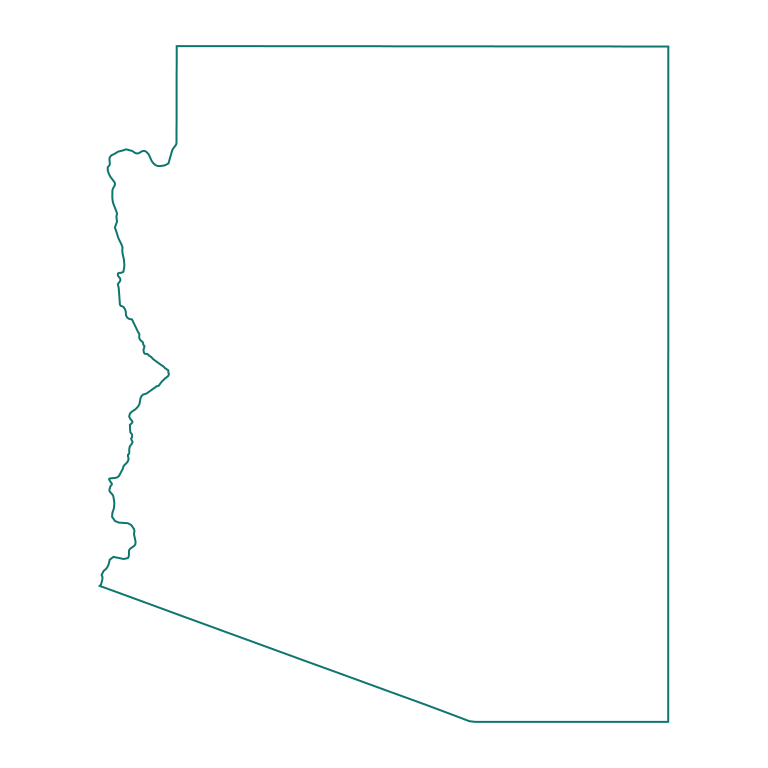 the State of Arizona
{"feature_id": "USA-3520", "entity_name": "Arizona", "entity_type": "State", "adm_level": 1, "iso_a3": "USA", "parent_name": "United States of America", "parent_adm1": "", "projection": "mercator", "projection_center": [-112.833, 34.165], "detail": "fine", "context": "isolated", "style": "outline", "palette": "teal", "viewbox_px": 768, "rotation_deg": 0, "n_neighbors": 0, "source": "natural_earth", "source_scale": "10m", "svg_char_len": 4775}
<svg xmlns="http://www.w3.org/2000/svg" viewBox="0 0 768 768"><path d="M475.4,721.9L469.4,721.2L466.7,720.2L461.6,718.2L456.5,716.3L451.5,714.4L446.4,712.5L441.4,710.6L436.3,708.7L431.2,706.8L426.1,704.9L385.9,690.3L345.6,675.6L305.3,661.0L265.0,646.3L224.7,631.6L184.4,616.9L144.1,602.1L103.8,587.4L100.2,586.1L99.7,585.9L101.0,584.6L102.3,579.8L102.5,577.2L101.6,574.9L103.2,571.8L103.7,570.9L105.9,569.0L106.7,568.1L107.9,566.1L108.7,564.1L109.4,561.2L109.7,559.7L113.4,556.9L123.7,559.0L127.9,558.1L128.8,556.3L129.0,554.2L128.9,552.0L129.2,550.0L130.5,548.4L134.2,545.9L135.3,544.4L135.6,541.8L134.0,534.3L134.1,532.9L134.4,531.7L134.4,530.6L134.0,529.1L131.3,525.1L127.8,523.2L118.9,522.6L115.0,521.0L112.1,516.9L112.4,512.8L113.9,508.4L114.4,503.3L113.4,496.5L112.7,494.9L109.6,491.4L109.4,489.6L110.4,486.3L111.5,485.1L111.9,484.0L111.3,482.8L110.5,481.8L109.5,480.3L109.1,479.0L110.0,478.4L114.9,478.0L117.3,477.3L119.0,475.9L122.7,469.0L123.6,466.1L124.6,464.9L126.6,463.0L127.9,461.2L128.2,460.4L128.6,458.9L128.0,456.3L128.0,454.7L128.9,454.0L129.2,453.4L129.3,452.1L129.2,449.6L129.7,446.7L130.8,445.0L131.9,443.7L132.6,441.9L131.5,439.8L131.1,438.5L131.6,437.9L132.0,437.2L132.1,435.8L132.0,434.5L131.6,433.8L130.4,432.5L130.1,429.7L130.0,426.6L129.9,424.8L131.6,423.4L132.4,422.3L132.3,421.2L130.4,419.0L129.6,417.6L129.2,416.3L129.9,413.6L131.4,412.0L135.3,409.4L136.9,407.8L138.5,405.9L139.6,403.6L140.4,398.5L141.4,396.3L143.0,394.6L146.6,393.5L156.6,386.3L158.6,385.8L161.7,381.7L165.0,378.5L168.1,376.1L168.9,374.4L168.3,371.9L168.3,370.3L165.2,368.3L164.0,367.0L163.1,366.2L161.4,365.2L153.2,359.2L151.7,357.5L151.2,357.0L149.3,355.8L148.8,355.3L148.0,354.5L147.6,354.1L147.2,354.0L146.8,353.9L145.5,353.9L144.8,353.7L144.3,353.2L143.9,352.4L143.6,350.9L143.5,349.8L143.5,349.7L144.1,347.9L144.5,346.2L143.5,345.0L143.4,344.9L142.9,342.5L141.8,341.3L140.5,340.3L139.3,338.3L139.2,337.5L139.3,334.7L139.2,333.7L138.9,333.2L138.4,332.7L132.0,319.4L129.3,319.0L127.3,317.7L126.0,315.4L125.8,312.1L125.5,310.6L124.7,308.7L123.5,307.0L122.2,306.3L120.6,305.8L119.9,304.4L118.9,290.3L118.8,289.4L118.7,288.0L117.8,284.1L120.1,281.1L120.4,279.9L120.1,278.3L118.2,276.1L117.8,275.0L118.1,273.4L119.1,272.9L120.4,272.9L121.8,272.6L123.0,272.0L123.4,271.7L124.3,266.8L124.3,264.3L123.9,259.5L122.6,253.7L122.3,250.6L122.5,247.4L121.5,244.5L118.4,238.2L116.6,232.4L114.9,227.5L117.0,221.7L116.4,216.4L117.1,213.8L116.5,211.8L113.1,203.0L112.6,200.6L112.3,197.2L112.4,190.5L112.9,188.7L114.6,185.6L115.0,184.3L114.8,182.9L114.2,181.8L110.3,176.7L108.9,173.9L107.8,170.7L107.7,167.3L109.3,165.5L109.8,164.2L109.8,162.8L109.5,160.0L109.5,158.7L109.7,157.6L110.0,157.1L110.7,156.1L111.0,155.7L111.5,155.3L114.8,153.7L118.0,151.7L123.7,150.2L125.2,149.6L126.0,149.4L127.0,149.5L132.2,151.0L132.6,151.2L133.1,151.5L134.0,152.2L135.0,152.9L136.3,153.3L137.0,153.4L137.8,153.4L138.4,153.3L139.0,153.1L141.5,151.5L142.1,151.3L142.7,151.1L143.3,151.0L144.0,150.9L144.7,151.0L145.6,151.4L146.4,151.9L147.5,153.0L148.5,154.2L149.2,155.4L151.4,160.4L152.3,161.9L153.5,163.4L155.4,165.0L157.6,166.0L160.2,166.1L165.0,165.3L168.5,163.4L170.0,158.0L171.3,153.5L172.4,149.7L174.2,147.2L176.2,144.5L176.4,143.3L176.5,142.2L176.5,137.0L176.5,136.0L176.5,133.1L176.5,128.6L176.6,122.8L176.6,116.0L176.6,108.3L176.6,100.1L176.6,91.6L176.6,83.2L176.6,74.9L176.7,67.2L176.7,60.3L176.7,54.5L176.7,50.0L176.7,47.1L176.7,46.1L192.1,46.1L207.4,46.1L222.8,46.1L238.1,46.1L253.5,46.1L268.9,46.2L284.2,46.2L299.6,46.2L314.9,46.2L330.3,46.2L345.7,46.2L361.0,46.2L376.4,46.2L391.8,46.3L407.1,46.3L422.5,46.3L437.9,46.3L453.2,46.3L468.6,46.3L483.9,46.3L499.3,46.4L514.7,46.4L530.0,46.4L545.4,46.4L560.7,46.4L576.1,46.4L591.5,46.4L606.8,46.4L622.2,46.5L637.6,46.5L652.9,46.5L668.3,46.5L668.3,68.3L668.3,90.0L668.3,111.8L668.3,133.4L668.3,155.0L668.3,176.6L668.3,198.1L668.3,219.5L668.3,241.0L668.3,262.3L668.3,283.6L668.3,304.9L668.3,326.1L668.3,347.3L668.2,368.5L668.2,389.6L668.2,410.6L668.2,431.6L668.2,452.6L668.2,473.5L668.2,494.4L668.2,515.2L668.2,536.0L668.2,556.7L668.2,577.5L668.2,598.1L668.2,618.8L668.2,639.3L668.2,659.9L668.2,680.4L668.2,700.9L668.2,721.3L668.2,721.5L668.2,721.8L666.1,721.9L661.9,721.9L657.7,721.9L653.4,721.9L649.2,721.9L645.0,721.9L640.8,721.9L636.6,721.9L632.4,721.9L628.2,721.9L624.0,721.9L619.8,721.9L615.6,721.9L611.4,721.9L607.2,721.9L603.0,721.9L598.8,721.9L594.6,721.9L590.4,721.9L586.2,721.9L581.9,721.9L577.7,721.9L573.5,721.9L569.3,721.9L565.1,721.9L560.9,721.9L556.7,721.9L552.5,721.9L548.3,721.9L544.1,721.9L539.9,721.9L535.7,721.9L531.5,721.9L527.3,721.9L523.1,721.9L518.9,721.9L514.7,721.9L510.5,721.9L506.3,721.9L502.1,721.9L497.8,721.9L493.6,721.9L489.4,721.9L485.2,721.9L481.0,721.9L475.4,721.9Z" fill="none" stroke="#0f766e" stroke-width="2"/></svg>